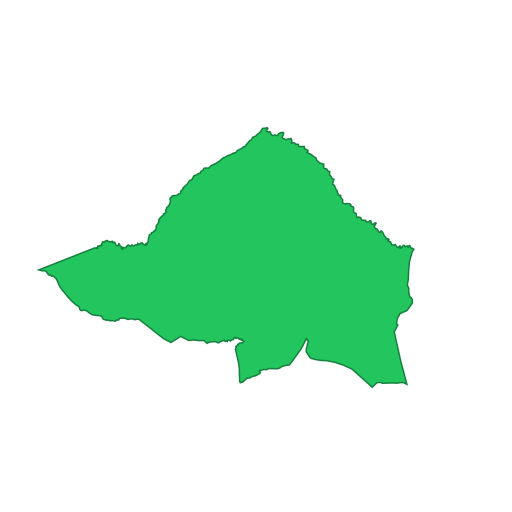 Sigor, Rift Valley, Kenya (orthographic projection), rotated 295°
{"feature_id": "3690345B8359999090101", "entity_name": "Sigor", "entity_type": "district", "adm_level": 2, "iso_a3": "KEN", "parent_name": "Kenya", "parent_adm1": "Rift Valley", "projection": "orthographic", "projection_center": [35.563, 1.576], "detail": "fine", "context": "isolated", "style": "filled", "palette": "green", "viewbox_px": 512, "rotation_deg": 295, "n_neighbors": 0, "source": "geoboundaries", "source_scale": "gbopen_adm2", "svg_char_len": 6151}
<svg xmlns="http://www.w3.org/2000/svg" viewBox="0 0 512 512"><g transform="rotate(295 256 256)"><path d="M162.8,276.8L151.3,285.7L147.2,288.3L135.5,294.1L134.5,295.4L135.7,296.4L136.1,297.3L141.6,299.6L142.8,302.0L144.5,302.8L147.5,306.4L148.1,306.6L148.8,307.6L150.2,308.2L150.8,309.0L152.1,309.3L153.2,307.6L153.8,307.6L154.1,308.7L155.8,310.2L156.6,311.4L157.5,313.8L159.4,315.1L162.9,323.2L164.5,324.9L166.5,325.9L168.3,327.7L171.5,332.4L190.3,336.1L195.4,336.4L202.4,336.5L202.4,337.1L201.5,337.6L201.2,338.9L200.3,339.7L197.4,339.9L196.2,340.4L192.6,340.9L191.1,341.6L190.1,342.4L189.1,344.0L186.6,348.4L186.6,349.6L187.5,354.4L189.1,359.8L191.0,364.3L193.0,372.4L194.0,381.4L194.1,390.7L186.2,416.9L192.0,419.0L192.8,419.9L194.1,422.6L194.1,424.3L198.7,433.5L200.3,437.4L202.7,441.1L203.5,443.0L203.5,447.0L221.5,431.9L245.6,413.4L253.4,413.7L253.8,412.1L258.0,410.7L259.5,410.5L263.9,410.9L264.5,410.6L269.8,415.5L271.3,416.1L279.3,417.6L282.4,416.3L283.9,414.0L284.0,412.9L285.1,411.7L288.1,409.5L290.8,408.4L292.3,407.2L293.1,405.6L299.5,403.8L306.0,401.0L315.2,397.6L323.4,396.1L326.1,395.9L328.8,396.2L329.0,394.7L328.8,392.8L330.3,391.2L330.3,390.6L329.7,390.3L328.6,390.6L328.2,390.1L329.2,389.4L329.1,388.8L327.5,387.3L328.2,385.7L328.0,385.1L325.2,384.4L324.1,383.4L325.8,382.9L326.0,382.6L325.9,382.0L325.2,381.6L324.2,381.8L323.6,380.7L323.5,380.3L325.3,377.4L323.9,376.0L323.6,374.3L325.6,372.1L325.7,371.6L325.2,369.6L325.5,369.2L326.4,368.8L326.9,369.6L327.4,369.2L327.4,368.1L326.6,366.8L327.8,365.6L328.4,363.8L330.3,361.9L331.7,359.3L331.6,358.8L331.1,358.6L329.8,358.6L329.7,357.2L331.6,354.3L331.4,352.6L332.0,351.5L332.3,351.0L332.9,350.8L336.4,351.0L336.6,350.6L335.8,349.3L334.3,349.0L333.9,348.7L334.2,346.6L336.2,345.6L336.1,344.2L334.3,343.6L333.7,341.7L333.9,340.8L334.7,340.4L333.3,336.9L333.5,336.2L335.0,334.7L334.6,332.4L333.9,331.8L333.7,331.2L334.3,330.4L336.7,328.9L336.9,326.3L337.2,325.8L338.2,325.2L340.9,324.2L341.6,323.2L341.3,321.0L341.6,320.5L342.5,320.4L342.9,319.0L341.9,316.1L340.8,314.7L340.7,312.9L341.3,311.7L343.5,310.9L345.0,307.9L346.5,307.4L346.7,306.9L345.9,304.7L346.0,304.3L347.3,304.0L348.3,302.6L349.2,302.2L350.1,300.5L353.1,297.2L353.4,295.0L358.4,294.2L358.6,291.8L359.8,290.4L360.5,288.6L361.5,287.9L363.4,287.4L363.7,287.1L363.3,285.4L364.6,283.6L364.7,282.2L364.2,281.6L364.7,279.7L367.8,278.8L367.4,274.8L367.6,273.0L368.7,270.2L370.2,268.8L370.6,265.8L371.3,263.5L371.4,258.4L373.3,258.7L373.7,258.4L373.9,257.0L373.6,254.9L375.7,253.4L373.4,248.9L373.5,248.4L374.5,247.6L375.0,247.0L374.9,246.4L374.1,245.0L374.7,243.6L374.5,242.5L374.2,241.6L373.3,240.6L373.5,240.2L374.7,240.1L376.0,239.5L377.2,238.3L377.3,237.9L376.1,237.2L375.9,235.8L374.1,234.0L374.0,230.0L374.2,229.5L377.7,229.6L379.4,228.8L379.0,227.3L377.9,226.0L376.2,224.8L375.4,224.5L374.4,224.8L373.8,223.4L373.7,221.7L372.4,220.7L372.3,218.6L374.5,216.4L374.5,215.9L373.5,215.3L373.6,213.0L374.2,212.4L376.4,212.9L376.8,212.6L376.9,211.7L375.8,210.6L374.6,208.1L369.3,207.2L367.1,205.9L364.4,205.0L362.3,202.9L359.2,202.6L357.7,201.5L353.8,200.5L352.7,200.0L351.2,200.1L349.2,198.2L347.3,197.5L343.9,194.7L340.8,193.8L339.9,192.1L338.0,190.9L336.1,189.3L335.4,188.2L332.1,186.0L331.1,184.8L327.2,183.1L324.2,181.3L322.2,180.0L318.9,177.1L315.8,176.1L313.9,172.2L313.4,171.7L311.5,171.7L309.0,170.2L307.4,170.4L306.1,168.7L304.2,167.9L303.0,166.3L302.1,165.8L298.3,165.6L297.7,165.3L296.5,164.1L291.5,163.1L288.6,161.7L286.6,161.1L285.7,161.6L283.3,160.5L282.7,160.4L282.0,161.0L280.5,160.8L279.8,159.7L277.9,159.0L276.5,157.3L276.4,156.4L274.9,154.6L273.9,154.7L272.1,153.7L271.6,154.1L270.8,154.2L270.1,155.1L268.3,155.7L267.2,155.6L266.1,156.0L264.5,155.4L263.3,155.4L262.5,154.7L262.0,154.6L260.8,154.9L259.2,154.8L258.4,155.4L258.5,155.9L257.9,156.0L256.7,155.7L255.1,154.3L254.2,154.8L253.8,154.8L252.4,153.9L248.3,152.5L247.3,152.7L246.2,153.6L242.7,153.2L241.9,152.9L240.0,153.2L239.0,154.0L236.7,153.8L235.5,153.0L234.4,153.0L233.1,151.5L231.7,151.6L230.1,150.5L225.4,151.4L223.3,152.2L222.3,152.2L221.3,151.5L220.9,152.1L220.4,152.2L220.8,151.2L220.4,150.8L219.9,150.7L219.3,151.1L218.8,150.9L218.6,150.3L219.3,148.2L219.9,147.3L218.9,146.7L218.9,145.9L218.2,145.6L217.6,145.7L216.9,144.9L217.4,143.6L216.1,144.0L215.6,143.6L215.6,142.8L214.7,141.6L213.6,141.2L213.3,140.7L213.6,138.9L212.4,138.7L211.9,138.2L212.0,135.7L211.6,135.2L208.3,134.1L207.9,133.6L207.7,132.1L207.4,131.8L205.9,132.2L205.6,131.8L206.1,130.9L207.4,130.4L207.8,128.3L209.1,127.1L209.1,126.5L207.0,126.6L206.5,124.8L208.8,122.0L207.6,120.7L208.0,120.1L208.7,119.8L208.5,119.3L208.0,119.1L207.4,118.3L206.8,115.8L207.1,114.5L206.7,113.9L205.9,113.1L205.0,113.0L204.6,112.6L203.8,110.8L202.5,111.3L201.4,111.0L200.4,111.7L199.9,111.6L199.7,110.3L198.5,109.5L198.4,108.7L198.0,108.4L196.0,109.2L195.7,108.7L196.0,108.0L195.2,107.0L195.2,106.4L151.6,65.0L152.2,68.3L153.3,70.7L153.4,71.8L152.8,73.8L152.3,73.9L152.0,74.9L151.2,75.9L151.6,76.9L151.5,77.5L152.0,78.4L151.3,79.2L152.1,80.7L152.1,81.8L151.4,82.5L151.3,84.1L150.6,84.8L149.6,86.4L146.8,89.2L144.1,93.1L139.2,103.3L137.3,107.9L135.8,113.0L135.2,116.9L134.7,117.7L133.3,118.7L132.7,119.7L132.6,120.8L134.3,123.0L134.8,125.7L134.1,128.2L133.6,131.8L133.7,133.1L136.1,140.6L136.0,141.7L134.1,144.5L134.7,147.8L135.4,149.2L135.6,151.2L136.8,153.3L137.5,156.1L139.1,156.8L139.9,158.6L141.8,158.8L142.4,159.6L144.1,163.1L144.4,166.9L145.6,168.3L146.8,170.8L147.1,173.3L148.4,174.6L149.2,176.7L142.0,207.3L141.7,215.5L151.3,221.7L151.0,230.9L153.4,234.5L155.6,241.0L157.4,244.5L156.2,248.7L157.3,249.3L158.3,250.4L159.5,251.9L160.3,253.9L161.0,254.6L161.4,256.9L161.2,258.0L161.8,259.2L162.8,259.4L166.3,262.9L165.7,263.6L165.7,264.2L166.7,265.5L166.6,266.1L167.6,265.9L168.3,266.6L168.2,268.8L169.6,269.3L170.6,270.8L172.7,270.7L173.4,271.4L172.9,272.4L173.1,273.0L174.2,273.9L174.3,274.3L173.5,276.0L174.1,276.3L173.8,276.7L174.4,277.6L174.6,278.8L173.6,278.5L173.7,280.6L173.4,281.0L172.7,281.1L171.6,280.3L170.3,278.2L169.9,277.7L168.8,277.5L168.2,276.8L167.2,277.1L165.4,276.0L165.3,276.5L164.8,276.7L162.8,276.8Z" fill="#22c55e" stroke="#15803d" stroke-width="1.5"/></g></svg>